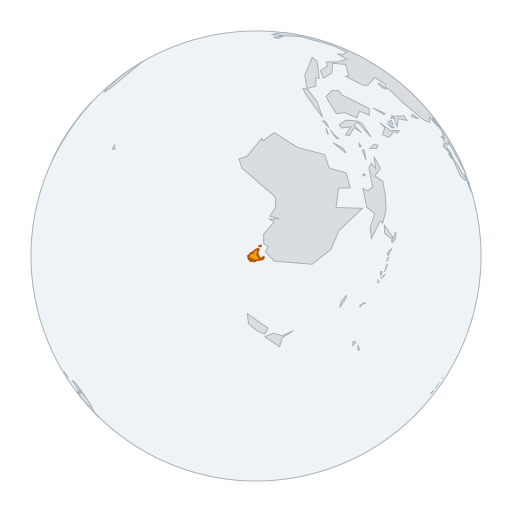 Tasmania highlighted on a globe, orthographic projection, rotated 74°
{"feature_id": "AUS-2660", "entity_name": "Tasmania", "entity_type": "State", "adm_level": 1, "iso_a3": "AUS", "parent_name": "Australia", "parent_adm1": "", "projection": "orthographic", "projection_center": [146.795, -41.606], "detail": "fine", "context": "on_globe", "style": "filled", "palette": "amber", "viewbox_px": 512, "rotation_deg": 74, "n_neighbors": 0, "source": "natural_earth", "source_scale": "10m", "svg_char_len": 9721}
<svg xmlns="http://www.w3.org/2000/svg" viewBox="0 0 512 512"><g transform="rotate(74 256 256)"><circle cx="256" cy="256" r="225" fill="#eef3f6" stroke="#a8b0b8"/><path d="M374.6,182.3L374.6,184.0L374.3,184.0L374.6,182.3ZM341.6,464.4L344.4,463.0L337.4,465.4L339.7,463.1L334.8,464.3L337.5,463.0L339.0,461.8L337.5,461.7L347.8,457.5L356.3,455.4L356.8,456.2L360.4,454.3L361.9,454.8L364.0,453.5L367.9,451.5L341.6,464.4ZM435.8,125.4L433.9,121.9L436.9,125.9L435.8,125.4ZM431.6,118.7L432.5,120.1L431.5,118.7L431.6,118.7ZM430.0,117.0L431.1,118.2L430.0,117.1L430.0,117.0ZM428.1,115.0L429.1,115.9L428.1,115.0ZM424.6,111.1L423.6,110.1L424.4,110.6L424.6,111.1ZM328.9,464.3L346.1,458.0L337.2,461.7L335.3,463.9L324.7,466.9L328.9,464.3ZM321.3,470.1L316.6,472.0L314.2,472.5L317.0,471.4L321.3,470.1ZM235.9,31.6L232.8,32.0L198.9,39.7L202.2,40.8L199.9,42.6L191.5,45.1L194.6,42.4L189.4,43.0L192.4,41.4L179.9,45.4L183.7,43.3L172.0,47.9L172.4,48.6L182.0,45.5L170.3,50.9L175.3,52.0L171.8,57.0L149.3,72.4L132.7,81.9L130.8,84.5L126.4,84.6L117.1,92.7L122.7,101.4L121.4,105.9L108.0,120.3L108.3,117.0L96.5,117.1L91.9,129.3L100.7,132.4L103.7,142.1L95.8,143.0L93.1,135.1L88.9,134.9L91.8,124.5L91.8,114.3L84.0,122.2L86.3,116.8L85.1,112.4L74.8,124.3L57.4,152.4L52.1,168.1L47.4,180.2L48.6,168.2L50.2,164.4L57.2,150.1L65.2,136.3L74.1,123.1L84.0,110.5L94.7,98.7L106.3,87.7L118.6,77.5L131.5,68.2L145.1,59.9L159.3,52.5L174.0,46.2L189.0,40.9L204.4,36.7L220.1,33.6L235.9,31.6ZM62.5,371.3L64.5,374.5L70.9,384.4L75.3,390.1L83.8,400.7L95.8,414.0L107.1,425.1L94.4,413.0L82.7,399.9L72.0,386.0L62.5,371.3ZM110.4,361.6L114.3,361.9L113.7,364.6L110.4,361.6ZM39.9,316.1L54.6,349.9L56.8,357.1L53.0,351.7L44.7,333.8L40.7,321.3L37.6,310.5L39.9,316.1ZM152.3,153.5L158.7,152.8L158.5,153.7L152.3,153.5ZM145.6,152.3L152.6,150.5L144.6,154.6L145.6,152.3ZM155.4,149.9L162.6,146.5L165.7,144.3L165.3,146.3L155.4,149.9ZM140.9,153.8L117.0,162.8L108.0,164.7L109.7,160.6L124.3,154.8L140.9,153.8ZM109.0,160.8L95.8,159.3L80.5,147.2L85.9,143.5L102.5,146.2L101.3,149.3L109.3,151.7L109.0,160.8ZM142.6,131.2L141.4,139.4L127.9,143.5L121.9,144.6L117.8,136.7L120.1,130.9L124.8,129.0L145.3,106.6L152.0,108.2L145.3,116.5L151.0,121.0L142.6,131.2ZM52.2,168.8L52.9,174.5L50.6,179.0L52.2,168.8ZM155.1,94.2L145.8,102.8L154.8,92.5L155.1,94.2ZM161.3,85.7L161.1,88.5L158.3,86.5L161.3,85.7ZM129.2,88.1L124.1,91.0L124.7,89.2L131.6,84.5L129.2,88.1ZM169.0,61.8L166.2,66.4L164.3,68.3L163.2,66.2L169.0,61.8ZM328.7,264.3L333.5,269.2L327.9,276.0L319.3,281.8L309.0,280.3L328.7,264.3ZM253.9,263.6L249.9,252.5L260.4,253.2L259.2,262.3L253.9,263.6ZM335.0,260.4L339.8,253.2L338.1,240.6L341.7,253.2L349.7,258.3L336.1,269.8L335.0,260.4ZM204.8,221.1L167.3,245.4L157.9,245.5L157.8,237.3L144.5,218.1L147.3,217.6L142.4,204.5L163.2,186.1L177.4,162.1L191.7,161.4L200.9,146.4L216.6,146.6L213.4,157.9L231.4,165.7L239.5,140.6L254.5,169.3L270.3,182.2L279.4,204.3L266.0,239.8L254.5,245.9L250.5,241.5L246.2,245.2L237.0,242.6L228.2,229.1L224.2,232.9L226.5,223.4L221.4,231.8L214.9,223.8L204.8,221.1ZM318.7,179.7L322.0,181.8L328.5,189.6L323.0,186.5L318.7,179.7ZM366.3,183.8L368.7,187.6L364.9,186.2L366.3,183.8ZM374.3,184.0L369.7,182.4L374.6,182.3L374.3,184.0ZM331.6,167.3L333.6,169.9L332.4,170.0L331.6,167.3ZM330.2,166.1L331.6,163.9L331.8,166.8L330.2,166.1ZM312.9,145.6L314.5,144.8L315.5,146.1L312.9,145.6ZM168.2,150.8L176.7,142.4L181.8,141.1L168.2,150.8ZM309.9,141.9L305.4,140.4L305.7,139.1L309.9,141.9ZM309.8,138.7L309.1,136.6L312.5,142.1L309.8,138.7ZM300.8,132.1L306.6,136.9L300.2,132.4L300.8,132.1ZM297.6,131.8L293.7,129.4L293.9,128.9L297.6,131.8ZM256.7,127.2L271.0,140.2L260.3,138.4L248.0,130.2L239.8,136.1L220.4,134.6L224.4,130.6L221.4,124.7L202.4,123.2L198.5,119.8L205.0,116.9L192.9,115.2L206.1,112.4L211.8,119.5L219.4,113.5L233.3,115.0L247.3,118.2L259.3,125.1L256.7,127.2ZM206.8,128.9L209.2,128.8L207.3,131.3L206.8,128.9ZM286.1,123.5L291.9,128.5L291.3,129.3L288.6,128.1L286.1,123.5ZM262.0,124.1L274.6,119.6L277.7,120.2L269.5,126.1L262.0,124.1ZM271.2,115.0L277.3,116.8L280.8,121.0L279.6,121.8L271.2,115.0ZM179.8,124.7L179.4,126.8L176.1,125.7L179.8,124.7ZM184.0,122.8L194.2,123.8L183.2,124.7L184.0,122.8ZM155.1,121.6L157.8,125.6L166.3,120.6L159.8,126.4L166.0,133.2L164.2,136.7L158.0,129.2L156.4,138.8L152.7,139.6L150.3,132.3L153.8,122.2L157.6,117.6L173.3,112.7L155.1,121.6ZM183.8,117.0L181.2,111.9L183.2,108.2L186.0,110.5L183.8,117.0ZM174.2,101.0L168.1,96.8L162.0,100.3L175.1,90.2L178.6,95.7L174.2,101.0ZM170.1,90.3L164.2,93.3L170.7,87.8L170.1,90.3ZM163.1,91.9L163.1,88.5L167.4,88.0L163.1,91.9ZM172.9,89.8L175.2,83.6L176.7,86.7L172.9,89.8ZM163.1,81.5L171.1,84.7L159.5,85.3L162.1,75.1L167.2,73.6L163.1,81.5ZM210.8,42.7L211.3,41.3L216.7,40.4L214.9,41.6L210.8,42.7ZM235.0,37.5L218.3,39.8L205.1,42.6L207.8,42.8L202.4,46.0L199.7,44.2L211.0,40.2L220.6,38.7L224.7,36.8L233.3,35.2L235.4,33.6L240.0,32.9L241.1,34.1L235.0,37.5ZM235.9,33.1L242.7,31.4L251.9,31.3L252.4,31.6L245.5,32.3L241.0,32.3L235.9,33.1ZM245.4,31.0L244.8,31.0L247.0,31.1L242.9,31.2L243.1,31.1L245.4,31.0Z" fill="#d9dde1" stroke="#a8b0b8" stroke-width="1"/><path d="M259.4,262.4L259.2,262.2L259.1,262.3L258.9,262.5L258.6,262.1L258.7,261.9L258.4,261.7L258.6,261.4L258.6,261.2L258.7,261.3L258.7,261.5L258.8,261.6L259.1,261.6L259.0,261.4L259.0,261.1L258.6,261.1L258.4,260.9L258.1,260.8L258.0,261.0L258.2,261.4L258.1,261.6L257.8,261.7L257.7,261.5L257.8,261.4L257.9,261.6L258.0,261.4L257.9,261.3L258.0,261.1L257.8,261.2L257.6,260.9L257.4,260.6L257.5,260.9L257.6,261.2L257.5,261.4L257.5,261.7L257.4,261.5L257.5,261.8L257.3,262.0L257.3,262.5L257.2,262.6L257.0,262.4L256.9,262.4L256.9,262.1L256.8,262.3L256.7,262.2L256.6,261.9L256.5,262.0L256.5,262.3L256.8,262.5L256.8,262.8L256.6,262.7L256.5,262.8L256.6,263.1L256.4,263.2L256.6,263.3L256.4,263.4L256.4,263.6L256.4,263.8L256.1,264.0L256.0,263.9L255.8,264.0L255.7,263.8L255.4,263.7L255.4,263.4L255.3,263.5L255.2,263.6L254.8,263.6L254.7,263.5L254.5,263.4L254.4,263.4L254.3,263.6L254.2,263.5L253.8,263.7L253.8,263.3L253.5,263.0L253.6,262.9L253.7,263.0L253.7,262.9L254.0,262.9L254.2,263.1L254.2,262.9L254.4,263.0L254.4,262.7L254.2,262.6L254.0,262.8L253.9,262.6L253.9,262.8L253.7,262.6L253.6,262.4L253.5,262.5L253.4,262.5L253.5,262.6L253.4,262.7L253.2,262.6L253.2,262.3L253.0,262.1L252.9,261.9L252.8,261.7L252.7,261.6L252.6,261.4L252.3,261.3L252.1,261.0L252.0,260.6L251.9,260.6L251.9,260.4L251.8,260.1L251.7,260.1L251.7,259.8L251.5,259.6L251.5,259.4L251.4,258.9L251.3,258.4L251.5,258.6L251.7,258.9L252.0,259.1L252.2,259.6L252.2,259.2L252.3,259.3L252.4,258.9L252.3,259.0L252.2,258.8L251.8,258.5L251.8,258.2L251.7,258.1L251.6,258.3L251.6,258.5L251.4,258.4L251.5,258.1L251.5,257.8L251.4,257.5L250.9,257.0L250.9,256.9L250.6,256.5L250.5,256.4L250.5,256.2L250.3,255.8L250.1,255.4L250.1,255.2L249.8,254.6L249.8,254.4L249.7,254.2L249.5,253.7L249.5,253.4L249.8,253.2L249.8,252.9L249.7,252.5L249.7,252.4L249.8,252.3L250.0,252.6L250.3,252.7L250.6,252.7L251.0,253.0L251.1,252.9L251.4,252.8L251.4,252.7L251.5,252.6L251.5,252.8L251.6,253.0L252.0,253.1L252.3,253.2L252.4,253.3L252.8,253.4L252.9,253.5L253.1,253.7L253.4,253.8L253.6,253.9L254.3,254.2L254.9,254.3L255.3,254.1L255.3,254.3L255.4,254.2L255.6,254.0L255.8,253.9L256.0,254.0L256.2,254.3L256.3,254.2L256.5,254.2L256.3,254.1L256.1,254.1L256.1,253.9L256.4,253.7L256.7,253.5L257.1,253.6L257.5,253.4L257.5,253.5L257.6,253.4L257.7,253.5L257.9,253.7L258.2,253.4L258.4,253.1L258.5,253.0L258.6,252.9L258.7,253.1L258.9,253.1L259.0,253.2L259.3,253.1L259.5,252.7L259.8,252.7L260.0,253.0L260.4,253.4L260.6,253.7L260.4,253.8L260.5,253.9L260.4,254.1L260.4,254.4L260.5,254.7L260.3,254.9L260.3,255.0L260.6,254.8L260.4,255.4L260.4,255.8L260.5,256.0L260.4,256.4L260.4,256.6L260.3,256.8L260.4,257.1L260.5,257.3L260.4,257.8L260.6,258.0L260.4,258.3L260.6,258.3L260.4,258.7L260.4,258.3L260.3,258.2L260.2,257.9L260.2,257.6L260.1,257.4L260.1,257.6L260.0,257.8L259.9,257.8L260.1,257.9L259.8,258.0L259.7,258.4L259.6,258.5L259.4,258.9L259.5,258.8L259.5,259.0L259.5,259.6L259.4,259.7L259.2,259.6L259.3,259.9L259.4,260.1L259.3,260.4L259.2,260.6L259.2,260.8L259.0,261.0L259.2,260.9L259.3,261.0L259.5,261.1L259.4,261.3L259.5,261.3L259.4,261.5L259.3,261.8L259.4,262.1L259.5,262.1L259.4,262.3L259.4,262.4ZM259.7,250.3L259.6,250.1L259.5,249.9L259.3,249.8L259.4,249.6L259.3,249.3L259.1,249.4L258.9,249.2L259.2,249.0L259.2,248.9L259.3,248.9L259.2,248.7L259.3,248.7L259.5,248.6L260.1,249.5L260.5,249.6L260.5,250.0L260.3,250.2L260.5,250.1L260.6,250.5L260.5,250.4L260.5,250.5L260.3,250.5L260.2,250.7L260.0,250.8L259.8,250.7L259.7,250.6L259.8,250.5L259.7,250.3ZM247.9,249.4L248.0,249.5L247.9,249.9L247.7,250.1L247.3,250.3L247.2,250.0L247.3,250.0L247.2,249.7L247.2,249.1L247.1,248.9L247.1,248.7L247.4,248.5L247.3,248.2L247.5,248.2L247.8,248.3L247.9,248.5L247.9,248.8L247.9,249.1L247.9,249.4ZM260.6,250.9L261.1,251.4L261.0,251.5L261.0,251.4L260.9,251.5L260.7,251.6L260.6,251.4L260.3,251.5L260.2,251.5L259.9,251.5L259.6,251.4L259.6,251.2L259.8,251.1L260.1,251.1L260.5,251.0L260.6,250.9ZM257.5,262.5L257.6,263.0L257.5,263.5L257.3,263.4L257.2,263.2L257.3,263.2L257.2,263.1L257.1,263.5L256.8,263.2L257.1,263.3L257.1,262.9L257.2,263.0L257.3,262.9L257.2,262.8L257.5,262.5ZM259.9,260.0L260.0,260.1L259.9,260.2L259.7,260.2L259.8,260.4L259.5,260.5L259.6,260.2L259.7,259.9L259.9,260.0ZM257.7,262.0L257.8,262.4L257.6,262.5L257.6,262.4L257.5,262.2L257.4,262.1L257.6,262.0L257.6,261.8L257.7,262.0ZM250.5,252.3L250.8,252.5L250.7,252.5L250.4,252.6L250.3,252.4L250.4,252.2L250.5,252.3ZM259.9,251.8L260.0,251.7L260.4,251.6L260.2,252.1L260.0,251.9L259.9,251.8ZM250.5,251.5L250.3,251.6L250.1,251.4L250.3,251.3L250.2,251.3L250.3,251.2L250.5,251.3L250.5,251.5ZM250.0,251.3L250.0,251.7L249.9,251.8L249.9,252.1L249.8,251.8L249.8,251.7L250.0,251.3ZM260.4,258.8L260.5,259.0L260.2,258.9L260.4,258.8Z" fill="#f59e0b" stroke="#b45309" stroke-width="1.5"/></g></svg>